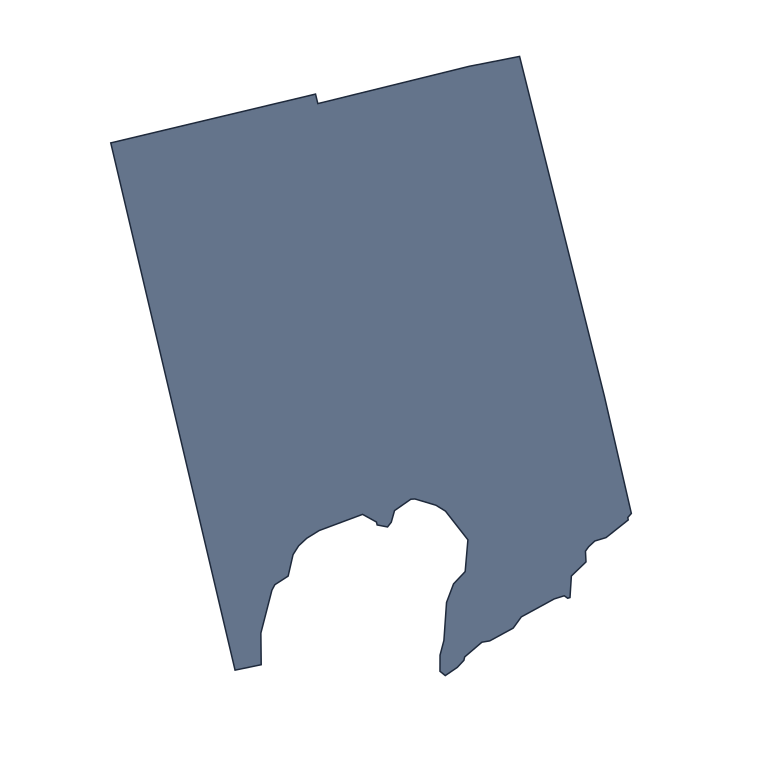 Alpena, Michigan, United States of America (Natural Earth projection), rotated 77°
{"feature_id": "52423323B18778524375348", "entity_name": "Alpena", "entity_type": "district", "adm_level": 2, "iso_a3": "USA", "parent_name": "United States of America", "parent_adm1": "Michigan", "projection": "natural_earth1", "projection_center": [-83.433, 45.032], "detail": "fine", "context": "isolated", "style": "filled", "palette": "slate", "viewbox_px": 768, "rotation_deg": 77, "n_neighbors": 0, "source": "geoboundaries", "source_scale": "gbopen_adm2", "svg_char_len": 835}
<svg xmlns="http://www.w3.org/2000/svg" viewBox="0 0 768 768"><g transform="rotate(77 384 384)"><path d="M95.3,178.2L93.6,229.6L95.9,385.4L86.1,385.5L87.6,595.7L87.6,596.0L629.3,593.5L629.9,566.8L599.0,560.0L559.7,539.6L555.0,535.5L549.6,520.6L529.8,511.0L522.4,503.5L516.9,493.9L512.2,480.1L506.2,434.2L516.8,422.4L519.8,422.4L524.1,412.7L520.3,408.0L509.7,402.2L502.3,383.8L503.0,379.7L513.8,360.7L521.7,352.7L554.7,337.3L585.0,347.1L594.4,361.2L610.9,372.2L647.3,383.3L660.8,390.4L676.5,394.1L681.9,389.9L676.6,376.3L671.2,368.3L668.1,366.8L657.6,346.7L658.1,338.8L650.9,313.0L641.8,302.6L631.7,266.5L630.9,256.0L634.1,253.2L633.9,250.8L613.2,244.6L602.8,227.2L592.2,225.3L588.6,221.2L584.4,213.9L583.6,202.2L571.4,176.6L568.9,176.5L565.8,172.1L445.4,172.0L95.3,178.2Z" fill="#64748b" stroke="#1e293b" stroke-width="1.5"/></g></svg>